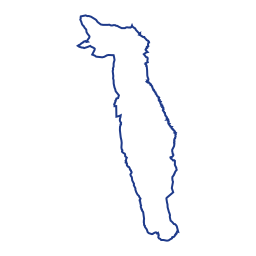 Arpasu De Jos, Sibiu, Romania (Robinson projection)
{"feature_id": "2599482B95893109106034", "entity_name": "Arpasu De Jos", "entity_type": "district", "adm_level": 2, "iso_a3": "ROU", "parent_name": "Romania", "parent_adm1": "Sibiu", "projection": "robinson", "projection_center": [24.641, 45.716], "detail": "fine", "context": "isolated", "style": "outline", "palette": "blue", "viewbox_px": 256, "rotation_deg": 0, "n_neighbors": 0, "source": "geoboundaries", "source_scale": "gbopen_adm2", "svg_char_len": 5838}
<svg xmlns="http://www.w3.org/2000/svg" viewBox="0 0 256 256"><path d="M178.2,231.8L176.8,226.4L176.3,225.5L175.1,224.2L173.9,224.0L172.3,222.1L170.6,220.6L169.9,217.4L169.8,216.3L170.0,215.2L169.4,213.0L169.1,212.7L167.6,207.2L167.5,204.4L167.0,202.5L166.4,198.6L166.6,197.9L173.2,192.3L171.8,188.1L173.0,181.8L172.5,180.4L172.3,178.3L172.4,176.9L173.8,175.2L173.9,174.4L174.6,173.6L174.6,173.1L175.4,171.4L176.7,169.9L176.3,168.5L176.3,167.8L175.1,165.5L174.8,164.4L174.9,164.0L174.9,160.8L174.1,160.2L173.1,160.5L172.4,159.6L170.9,158.5L170.4,157.6L170.5,157.2L172.1,156.9L173.3,155.5L173.3,154.7L173.2,154.2L172.7,153.9L172.4,151.8L172.2,151.4L172.2,149.8L174.0,146.3L174.3,144.7L174.2,144.1L174.4,143.8L174.2,143.5L174.3,143.0L174.1,142.8L174.0,142.2L174.5,141.7L174.4,141.1L174.2,140.8L174.4,140.4L174.2,140.0L174.4,139.0L175.1,138.4L175.0,137.8L175.6,136.7L175.4,135.6L175.4,134.8L175.7,134.4L175.5,134.2L175.6,133.8L175.1,133.3L175.4,133.1L174.9,132.9L175.1,132.7L174.7,132.6L175.2,132.1L174.8,131.3L174.4,131.3L174.1,130.5L173.6,130.2L173.3,129.6L173.0,129.6L172.9,129.2L172.4,129.1L172.1,128.5L171.6,128.3L171.4,127.1L171.6,126.9L170.5,126.7L170.3,126.1L170.1,126.0L170.0,125.6L169.5,125.3L169.3,124.8L168.6,123.9L169.3,123.5L168.5,123.0L168.2,122.5L168.3,121.7L168.7,121.4L168.4,120.6L167.9,120.5L168.2,119.7L167.7,119.3L167.2,119.4L167.4,119.2L167.0,118.9L167.3,118.7L167.0,118.5L166.9,118.2L167.1,117.9L166.9,117.4L166.6,117.3L166.5,116.7L165.4,115.6L165.5,115.3L165.2,114.9L164.9,112.9L164.4,112.8L164.0,111.9L164.0,111.6L163.2,110.9L162.8,110.1L162.9,109.9L163.5,109.4L163.2,108.8L163.3,108.5L163.1,108.1L163.4,107.9L163.2,107.4L162.3,107.2L162.5,106.7L162.1,106.1L162.2,105.8L161.6,105.7L161.9,105.4L161.4,105.2L161.5,104.5L161.0,104.5L160.5,103.6L160.2,102.7L160.8,101.7L159.8,101.3L160.0,101.0L159.7,100.6L159.4,100.8L158.9,100.3L159.4,99.7L158.8,99.4L158.9,98.7L158.6,98.4L158.6,98.1L159.1,97.6L158.8,97.2L158.3,97.1L157.8,96.4L157.3,96.2L156.7,95.1L156.4,94.2L155.7,93.8L155.6,92.5L155.2,92.4L154.4,91.4L154.5,91.2L154.3,91.0L154.2,90.6L153.5,90.2L153.7,89.6L152.9,89.0L152.4,87.2L152.0,86.8L152.1,86.2L151.6,85.8L151.4,85.4L150.6,85.0L150.8,84.5L150.4,84.3L150.4,83.8L149.7,83.3L149.4,83.3L149.0,82.5L147.8,82.6L146.6,81.7L147.7,80.9L147.4,80.5L148.0,80.5L148.4,79.8L148.2,78.3L147.8,77.7L147.3,75.7L147.1,70.0L146.7,66.2L146.3,66.1L146.4,65.3L145.5,64.3L145.9,64.2L145.6,63.2L147.8,62.2L147.3,61.0L147.7,58.9L147.6,57.9L147.3,57.4L146.2,57.2L143.8,54.2L146.3,52.4L147.6,52.1L145.9,50.2L145.8,49.7L145.6,49.6L145.9,48.9L147.4,47.7L147.3,47.4L146.7,47.2L146.8,46.8L148.3,46.2L148.0,44.7L148.0,44.1L148.4,42.8L149.1,42.5L149.0,41.9L148.2,41.1L148.2,40.9L147.9,40.8L147.7,40.5L146.7,40.1L145.7,38.8L144.5,37.7L144.3,37.0L142.8,36.9L142.0,36.2L141.6,36.2L140.7,35.4L139.7,35.0L139.9,34.9L139.4,34.0L140.1,33.8L140.1,33.5L139.5,33.8L139.6,33.7L139.3,33.6L139.4,33.4L139.2,33.5L135.8,29.8L135.2,28.4L134.3,28.1L133.9,27.6L132.8,26.9L132.3,26.3L132.0,25.5L131.3,27.1L130.4,27.6L129.8,27.4L129.2,27.6L127.2,27.3L126.2,27.4L125.0,28.1L122.5,28.1L121.6,28.1L118.6,26.7L117.4,25.9L116.1,25.8L115.5,25.3L115.0,25.2L113.7,25.1L112.0,25.5L110.8,25.4L109.3,24.7L107.6,24.9L103.2,24.9L100.9,24.5L98.2,22.5L97.4,21.8L96.3,20.1L95.4,19.4L91.0,16.7L88.7,16.0L87.3,16.1L85.7,15.4L80.8,16.4L80.6,17.3L80.7,18.5L80.3,19.6L81.3,21.8L82.0,24.1L82.8,25.4L83.7,26.1L84.6,27.8L86.2,29.5L86.5,32.0L87.4,33.6L89.3,36.0L89.5,36.6L89.2,37.8L87.8,39.6L87.1,40.8L87.2,41.2L87.8,41.7L86.7,41.9L86.8,41.4L86.1,41.4L85.3,41.0L84.7,41.4L83.5,41.7L83.3,42.3L81.3,43.4L80.1,44.6L79.0,45.0L77.8,45.8L79.3,46.8L82.0,47.6L83.2,47.6L84.1,48.1L87.5,47.0L90.2,45.9L91.0,46.6L93.6,47.8L94.7,48.6L94.6,49.9L92.2,54.6L94.8,55.6L95.9,56.5L96.5,56.7L102.3,57.3L104.3,56.8L107.0,55.3L108.5,55.0L113.6,55.2L114.1,57.3L114.5,59.7L114.4,60.6L113.9,62.1L113.6,63.7L113.6,66.5L112.9,68.5L113.1,69.5L112.7,71.0L113.3,76.0L113.1,78.4L113.6,80.2L113.7,83.7L114.5,87.5L115.2,89.2L115.7,91.3L118.9,95.3L118.1,98.1L116.5,98.4L116.2,99.0L116.2,99.5L115.8,100.0L115.7,100.8L115.4,100.9L115.5,101.4L115.1,102.1L115.1,102.8L114.5,103.4L114.5,103.8L114.2,104.4L114.5,104.8L114.5,106.2L116.2,106.1L116.4,116.7L119.3,116.0L120.7,115.3L120.4,117.4L120.0,118.4L119.8,120.2L120.2,121.7L120.8,122.3L121.1,122.9L120.8,123.5L121.0,124.3L120.5,124.7L120.6,125.1L120.0,126.7L119.9,130.1L120.7,137.3L121.4,140.3L121.7,142.9L121.4,147.4L121.7,149.2L122.4,150.2L122.1,150.8L122.0,151.7L123.6,153.1L124.8,153.7L125.1,154.5L125.2,156.3L126.8,157.7L126.2,158.8L126.0,160.5L125.6,160.9L126.2,161.7L125.7,162.6L126.8,163.2L127.0,163.8L126.8,164.9L127.0,165.3L127.0,165.6L127.8,166.2L128.2,166.9L129.1,167.1L129.8,168.5L129.9,169.3L130.4,169.7L130.4,170.2L131.0,170.6L131.1,171.4L131.6,172.0L131.6,172.4L131.4,173.0L130.6,174.0L130.4,174.4L130.8,175.9L131.5,176.6L131.9,177.7L132.2,180.4L134.0,183.8L133.8,185.3L135.4,188.3L135.4,189.7L136.3,192.3L137.6,194.7L138.9,195.9L139.5,197.4L140.5,198.6L140.1,199.8L139.7,199.9L139.6,200.6L139.7,200.9L140.2,201.3L140.2,202.5L140.5,203.0L140.4,203.7L140.7,204.3L140.7,204.8L141.1,205.5L140.7,206.5L140.9,207.1L140.9,207.7L141.5,208.6L141.5,209.4L142.0,209.7L142.0,210.3L142.4,210.8L142.4,211.2L143.0,211.8L143.2,212.3L144.1,219.0L143.8,220.3L144.0,221.1L143.7,222.0L144.0,222.8L144.1,225.0L144.9,225.8L144.8,226.7L146.8,229.5L147.7,232.2L148.9,233.2L151.8,234.1L152.7,234.0L153.3,233.4L155.4,232.4L156.1,232.4L157.0,233.5L158.0,232.8L158.5,234.1L158.5,234.8L158.8,235.2L158.7,235.6L158.4,236.0L158.5,236.4L158.3,237.3L159.0,238.4L160.3,238.9L160.9,239.8L161.2,240.0L163.5,240.0L166.4,240.6L167.7,240.6L168.8,240.3L169.9,239.5L171.9,238.4L172.2,238.0L172.1,237.4L172.3,237.1L173.8,236.9L174.7,236.0L174.9,235.1L175.5,234.9L175.6,234.5L176.2,234.0L176.0,233.6L176.7,233.2L176.6,232.6L177.1,231.5L178.2,231.8Z" fill="none" stroke="#1e3a8a" stroke-width="2"/></svg>